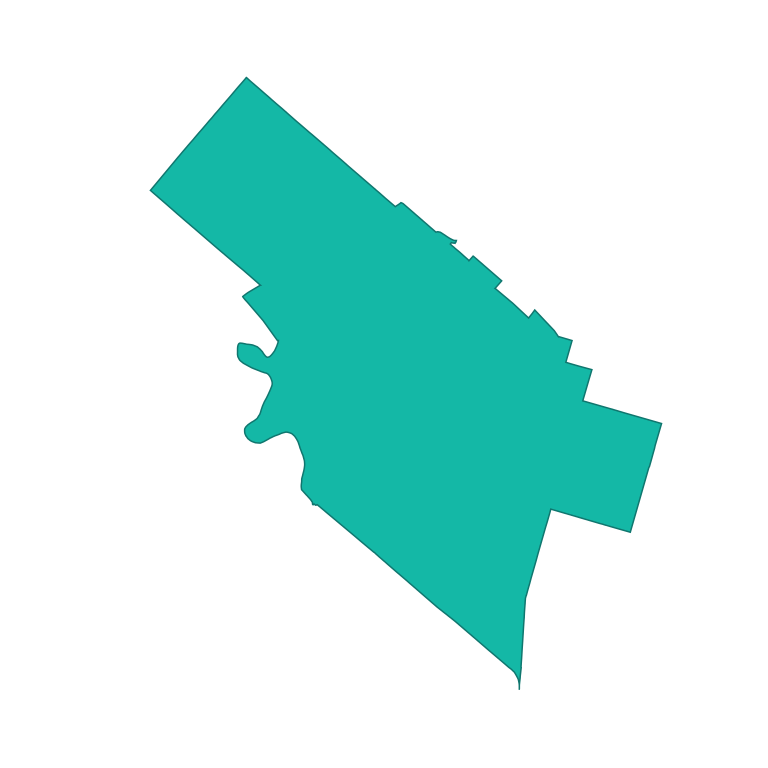 the district of Ciochina, Ialomita, Romania, rotated 286°
{"feature_id": "2599482B22569016944723", "entity_name": "Ciochina", "entity_type": "district", "adm_level": 2, "iso_a3": "ROU", "parent_name": "Romania", "parent_adm1": "Ialomita", "projection": "albers", "projection_center": [27.026, 44.577], "detail": "fine", "context": "isolated", "style": "filled", "palette": "teal", "viewbox_px": 768, "rotation_deg": 286, "n_neighbors": 0, "source": "geoboundaries", "source_scale": "gbopen_adm2", "svg_char_len": 5235}
<svg xmlns="http://www.w3.org/2000/svg" viewBox="0 0 768 768"><g transform="rotate(286 384 384)"><path d="M541.9,414.0L541.3,411.6L541.6,409.6L542.1,407.1L543.0,404.0L543.7,402.0L544.8,398.4L545.4,396.4L545.2,393.7L544.3,392.0L562.5,353.0L562.8,352.1L563.0,350.3L561.9,349.6L560.1,348.1L557.6,345.9L558.0,345.1L562.8,334.5L566.0,327.8L583.5,289.9L586.8,283.0L588.8,278.7L590.9,274.1L592.0,271.7L595.2,265.0L601.1,252.2L603.9,246.1L605.2,243.1L609.8,233.2L612.1,228.1L616.6,218.6L617.9,215.9L620.8,209.8L624.0,202.7L624.4,201.9L626.4,197.6L627.4,195.6L630.6,188.7L633.8,181.9L638.3,172.1L640.7,167.3L640.7,167.2L638.6,166.3L634.9,164.6L632.2,163.3L629.2,161.9L623.0,159.1L621.4,158.4L617.2,156.5L607.5,152.0L601.9,149.5L596.9,147.1L592.7,145.3L589.0,143.5L584.5,141.5L581.7,140.2L578.6,138.8L574.6,136.9L571.1,135.3L568.0,133.9L567.0,133.5L565.1,132.6L562.8,131.5L559.8,130.1L556.7,128.7L551.0,126.1L546.5,124.1L545.7,123.7L545.2,123.5L505.7,106.1L496.6,125.7L490.3,139.0L485.7,149.0L482.5,156.0L478.6,164.5L468.2,187.0L457.2,211.4L455.6,215.1L454.4,217.8L453.4,219.9L449.3,228.7L445.1,237.5L444.9,238.0L444.8,237.8L434.7,228.3L432.6,226.6L429.2,224.1L428.5,224.7L426.6,227.4L424.9,230.2L418.3,240.2L411.7,250.2L396.3,269.7L396.7,270.5L394.9,270.7L392.9,270.6L390.9,270.5L388.9,270.2L385.7,269.7L382.5,268.5L380.7,267.7L379.0,266.7L378.2,265.8L377.6,264.8L377.6,264.1L377.7,263.4L378.4,262.0L379.0,261.2L380.1,259.7L381.5,258.2L383.4,255.1L384.8,252.0L385.1,249.3L385.3,247.1L385.1,245.1L384.8,243.0L384.4,241.2L384.3,239.1L384.1,236.7L383.7,234.5L383.4,233.9L382.8,233.4L381.9,233.1L381.0,233.0L379.4,233.1L377.5,233.5L376.1,233.9L374.7,234.3L372.1,235.0L370.4,235.8L369.7,236.2L368.7,237.2L368.0,237.8L367.2,238.7L366.5,240.0L366.0,241.2L365.2,243.1L364.1,247.9L363.6,250.2L363.1,252.5L362.8,255.2L362.6,257.4L362.4,259.5L362.3,260.8L362.1,262.1L362.0,264.5L361.9,265.9L362.0,267.0L361.9,268.6L361.3,270.3L359.7,272.4L358.2,273.8L357.2,274.5L356.2,275.2L355.1,275.9L353.1,276.6L351.2,276.7L346.2,276.2L342.2,275.6L338.2,274.9L333.9,273.9L329.3,273.3L325.2,273.1L322.4,273.1L320.4,272.9L319.0,272.4L316.0,271.6L315.1,271.0L312.9,269.3L312.1,268.6L310.7,267.2L307.4,264.5L306.1,263.8L305.1,263.2L304.3,262.9L303.5,262.7L302.4,262.5L301.3,262.7L299.4,263.3L298.0,264.0L296.1,265.5L295.8,265.8L295.7,266.2L295.0,266.9L294.7,267.3L294.3,267.8L293.9,268.3L293.7,268.9L293.3,269.8L292.8,271.0L292.5,272.1L292.3,273.4L292.1,276.5L292.6,279.2L293.1,281.4L295.3,284.2L299.5,288.4L300.5,289.3L301.6,290.6L302.9,292.0L304.3,293.7L305.1,294.9L306.8,297.2L308.3,298.9L309.5,300.8L310.7,302.9L311.0,304.3L311.1,306.3L311.0,308.1L310.7,309.5L309.9,311.1L309.2,312.5L307.1,315.0L304.9,317.2L301.5,319.6L299.4,320.9L297.7,322.2L294.8,324.3L293.0,325.8L290.2,327.5L288.2,328.7L285.2,329.8L283.6,330.2L280.9,330.6L279.0,330.8L275.5,330.9L273.1,331.0L271.5,331.0L270.0,331.1L267.3,331.8L264.1,332.3L262.3,332.8L259.7,333.9L255.9,340.0L255.5,340.8L254.7,342.0L252.7,345.2L251.2,347.0L250.8,347.5L250.4,347.8L250.0,348.0L249.7,348.1L248.9,348.4L248.7,348.5L248.4,348.9L248.4,349.2L248.8,349.4L249.0,349.5L249.3,349.7L249.3,349.9L249.3,350.0L249.3,350.3L248.8,351.1L248.7,351.4L248.7,352.0L249.5,352.8L249.6,353.0L245.5,362.3L245.4,362.4L231.2,394.4L225.3,407.5L219.5,420.6L219.5,421.1L218.6,422.7L218.2,423.5L217.4,425.2L216.5,427.0L206.8,447.8L203.6,454.9L198.8,465.2L193.0,477.7L186.7,491.2L184.1,496.8L178.2,511.2L176.1,516.3L175.5,517.7L165.5,539.5L156.9,558.1L147.9,578.0L146.6,580.8L146.0,582.1L145.7,582.9L145.2,584.3L142.9,588.8L142.4,589.3L141.1,590.7L139.5,592.3L137.6,594.1L136.4,594.9L133.7,596.3L132.0,597.0L128.6,598.0L127.3,598.3L128.8,598.0L129.8,597.7L130.9,597.4L132.0,597.1L134.7,596.6L138.9,595.9L140.7,595.5L149.5,594.0L149.8,593.7L153.0,593.0L158.2,591.9L167.5,589.8L171.2,589.0L174.9,588.2L183.0,586.4L190.7,584.7L195.8,583.6L198.3,583.1L199.5,582.8L202.9,582.0L207.6,581.0L212.5,580.0L212.8,579.9L217.2,579.0L219.9,579.0L220.0,579.1L225.4,579.0L228.1,579.0L231.6,579.0L232.6,579.0L237.8,578.9L244.6,578.9L248.0,578.9L250.9,578.9L254.9,578.9L255.8,578.9L263.4,578.8L268.7,578.8L274.8,578.8L278.6,578.8L284.0,578.8L290.3,578.8L296.8,578.9L305.0,578.9L305.7,578.9L306.2,578.9L309.7,578.8L309.4,630.0L309.5,633.0L309.4,634.5L309.4,645.5L309.4,646.4L309.4,651.1L309.4,660.5L309.4,661.6L314.3,661.6L323.0,661.6L331.8,661.6L343.0,661.6L367.5,661.6L376.8,661.6L377.6,661.9L383.7,661.9L392.8,661.8L394.0,661.8L396.4,661.8L398.0,661.7L399.5,661.6L422.5,661.7L422.5,650.7L422.5,645.8L422.5,642.8L422.5,638.7L422.5,634.7L422.5,628.9L422.5,622.4L422.6,614.9L422.6,600.4L422.6,597.2L422.6,589.3L422.6,579.7L444.8,579.8L455.1,579.9L455.0,573.3L454.9,566.7L454.9,557.0L455.0,552.8L477.6,552.8L477.7,539.4L477.4,538.8L482.2,533.0L489.4,520.8L496.7,508.5L492.3,506.9L487.3,504.8L497.2,485.4L499.0,481.3L506.5,464.5L506.5,464.4L515.6,468.7L519.9,459.5L531.4,434.8L531.5,434.4L526.1,431.8L525.9,431.7L526.0,431.6L526.5,430.9L529.2,425.3L531.5,420.6L534.2,414.5L534.6,413.8L535.5,411.7L536.0,410.6L536.5,409.8L536.7,409.2L537.2,409.2L537.7,409.5L538.2,409.8L538.5,409.8L538.5,410.8L538.5,411.2L538.5,411.6L538.8,412.6L538.8,413.5L539.7,413.6L540.2,414.0L540.6,414.0L541.5,414.0L541.9,414.0Z" fill="#14b8a6" stroke="#0f766e" stroke-width="1.5"/></g></svg>